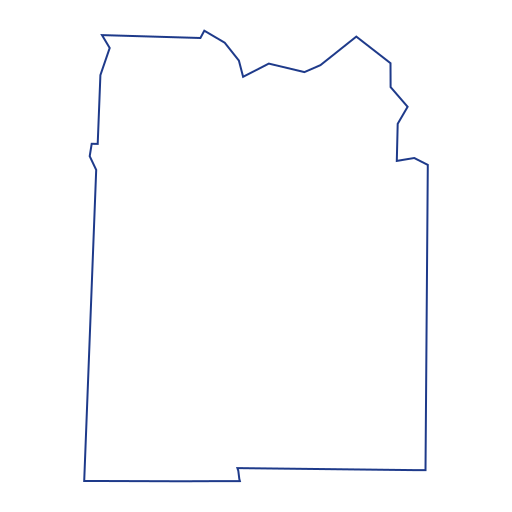 the district of Hardin, Tennessee, United States of America
{"feature_id": "52423323B14964085031587", "entity_name": "Hardin", "entity_type": "district", "adm_level": 2, "iso_a3": "USA", "parent_name": "United States of America", "parent_adm1": "Tennessee", "projection": "orthographic", "projection_center": [-88.189, 35.209], "detail": "fine", "context": "isolated", "style": "outline", "palette": "blue", "viewbox_px": 512, "rotation_deg": 0, "n_neighbors": 0, "source": "geoboundaries", "source_scale": "gbopen_adm2", "svg_char_len": 515}
<svg xmlns="http://www.w3.org/2000/svg" viewBox="0 0 512 512"><path d="M239.9,481.1L239.3,478.9L238.3,470.8L237.4,468.1L412.5,470.1L425.5,470.1L427.8,164.9L414.2,158.0L396.8,160.9L397.7,123.8L407.6,106.8L390.6,87.1L390.5,63.2L356.3,36.6L320.5,65.1L304.4,72.1L268.8,63.6L243.1,76.8L238.9,60.6L224.7,42.7L204.3,30.7L200.4,38.0L102.0,35.1L109.7,48.0L100.4,75.1L97.7,143.9L91.7,143.8L89.7,156.2L96.2,169.9L84.2,481.0L98.9,481.0L189.8,481.3L193.5,481.2L239.9,481.1Z" fill="none" stroke="#1e3a8a" stroke-width="2"/></svg>